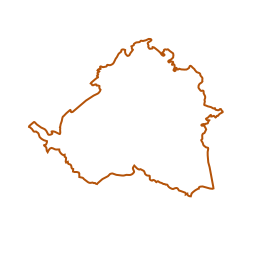 an SVG outline of Punjab, rotated 256°
{"feature_id": "IND-3249", "entity_name": "Punjab", "entity_type": "State", "adm_level": 1, "iso_a3": "IND", "parent_name": "India", "parent_adm1": "", "projection": "natural_earth1", "projection_center": [75.648, 31.038], "detail": "fine", "context": "isolated", "style": "outline", "palette": "amber", "viewbox_px": 256, "rotation_deg": 256, "n_neighbors": 0, "source": "natural_earth", "source_scale": "10m", "svg_char_len": 5905}
<svg xmlns="http://www.w3.org/2000/svg" viewBox="0 0 256 256"><g transform="rotate(256 128 128)"><path d="M123.8,56.1L124.5,53.1L124.9,52.1L126.6,50.0L127.2,48.8L126.9,47.3L125.5,45.5L124.0,44.2L125.5,43.7L128.8,44.0L130.1,43.3L130.6,42.8L131.3,42.4L131.6,42.4L131.7,42.8L131.6,43.9L131.7,44.3L132.1,44.7L133.6,45.8L134.8,46.2L136.6,43.3L138.5,41.4L140.6,40.1L144.3,39.8L145.1,39.4L146.8,37.9L147.1,36.2L147.5,35.6L150.4,34.5L151.4,33.7L152.0,33.5L153.0,32.2L153.5,32.4L154.0,33.0L156.4,37.8L156.5,38.2L156.4,38.6L156.1,38.9L153.5,40.4L149.4,43.9L147.5,46.3L146.7,47.1L145.8,47.6L144.8,48.1L141.1,49.0L140.6,49.5L140.4,50.2L140.3,51.1L140.4,52.1L140.7,53.0L141.3,53.3L141.6,53.3L142.8,52.9L143.1,53.1L143.1,53.5L142.9,54.4L142.0,56.2L139.0,59.7L138.7,60.3L138.9,60.7L140.0,61.2L143.2,61.8L144.4,62.3L145.2,62.1L145.6,62.5L148.0,63.6L150.6,65.3L153.7,66.8L154.7,67.5L155.3,68.7L157.2,71.7L159.4,76.0L159.4,76.4L159.1,76.6L157.6,76.5L157.3,76.7L157.0,77.1L157.0,78.2L164.8,93.9L167.8,102.6L168.6,106.5L168.9,107.5L169.5,108.5L170.6,109.8L171.8,110.6L172.9,110.0L174.0,109.9L175.0,110.3L175.7,110.4L176.4,109.4L176.7,108.0L177.1,107.7L177.8,107.8L178.0,107.5L178.2,106.9L177.9,104.4L178.2,103.7L179.6,103.3L180.2,102.6L180.9,103.3L183.0,107.5L184.1,109.9L184.4,111.1L184.8,111.2L185.1,111.1L185.7,110.6L186.0,110.5L186.3,110.8L186.7,111.6L187.2,112.0L187.4,112.1L187.8,111.6L188.7,111.7L189.3,112.4L189.6,113.6L189.9,113.9L190.3,113.6L190.9,112.5L191.2,112.3L191.7,112.8L192.1,113.6L192.2,114.3L191.9,115.5L192.0,115.7L193.7,115.6L194.2,115.8L194.4,116.2L194.1,117.0L193.3,118.0L193.0,119.0L192.9,121.7L193.1,122.2L194.1,122.9L194.2,123.5L193.6,124.7L193.3,125.8L193.4,127.1L193.8,128.5L194.3,129.4L195.4,130.5L198.3,132.9L199.4,134.3L201.9,136.5L202.4,137.1L203.7,139.8L205.1,140.4L205.5,141.1L205.5,142.0L205.2,142.9L204.4,144.1L202.2,143.5L200.5,143.6L198.5,144.6L198.1,145.0L198.0,145.8L198.1,146.3L198.4,147.0L200.0,148.4L202.6,151.6L202.9,151.7L203.7,151.0L204.3,151.0L205.7,151.3L206.4,151.1L206.9,153.4L207.1,153.7L208.2,154.2L208.9,156.1L209.0,156.9L208.7,158.9L208.6,160.0L209.5,161.5L209.5,161.9L209.0,163.0L208.8,163.7L208.8,166.6L209.4,169.6L209.0,171.1L208.5,171.8L208.0,172.0L207.4,171.8L206.9,170.8L206.1,168.2L205.7,167.8L205.3,167.6L203.0,167.8L201.9,167.3L201.2,167.4L199.8,168.0L199.5,168.6L199.3,170.8L199.6,171.2L200.5,171.5L200.0,172.6L199.1,173.4L195.7,176.0L193.4,177.5L191.2,178.3L190.4,178.8L189.8,179.4L189.5,180.0L189.7,180.7L189.9,181.0L190.2,181.1L191.0,180.7L192.1,179.2L192.6,179.3L193.0,179.7L193.4,180.9L193.9,181.4L194.9,181.7L195.3,182.4L195.2,183.4L194.7,184.4L194.7,185.7L194.4,186.0L192.6,187.2L189.5,189.8L187.6,189.7L187.1,189.4L185.8,189.0L185.4,188.7L184.5,187.2L184.0,186.2L183.5,183.8L183.0,183.2L182.2,183.3L181.8,183.6L181.7,184.1L182.1,185.2L182.1,185.6L181.6,187.1L181.4,187.5L181.1,187.7L180.5,187.6L179.2,186.1L178.9,186.1L178.6,186.2L178.7,187.7L178.6,188.0L178.1,188.3L177.1,188.3L175.4,187.9L173.4,186.3L172.9,186.2L172.1,186.8L171.9,187.1L172.1,187.9L172.7,188.4L174.2,189.0L174.6,189.3L174.6,189.5L174.3,189.7L173.1,190.0L172.7,190.4L172.7,191.1L173.1,192.0L172.0,193.8L171.0,197.0L170.6,198.8L170.8,199.9L171.5,201.7L172.9,202.7L173.2,203.1L173.2,203.7L172.6,204.4L171.0,205.3L169.0,206.7L167.9,207.0L165.7,208.1L164.0,210.5L163.5,210.9L162.9,211.1L161.4,211.0L158.9,212.2L158.0,212.2L156.3,211.6L155.2,211.5L154.4,210.5L153.6,208.4L153.3,207.9L152.1,206.8L150.4,206.2L149.8,206.2L148.4,206.7L146.7,207.5L146.3,208.0L146.2,208.6L146.2,209.6L145.8,210.1L145.2,210.2L143.3,209.8L140.1,210.5L138.6,210.2L136.7,209.0L135.2,209.0L132.5,207.7L132.0,207.6L131.7,207.8L130.9,209.1L129.7,210.7L128.4,213.2L128.0,213.8L126.3,215.5L126.2,217.1L125.8,217.2L125.1,217.1L124.5,217.5L123.7,219.0L123.4,219.8L123.4,220.4L124.1,221.9L124.0,222.4L123.7,222.8L122.2,223.1L121.2,223.8L120.4,223.6L119.5,220.2L118.1,218.3L118.0,218.0L118.3,217.5L118.2,217.1L117.2,216.0L117.1,215.4L118.6,214.6L119.0,214.2L118.9,212.5L119.0,211.6L120.3,211.7L120.6,211.5L120.6,211.3L120.2,210.4L118.8,208.2L118.2,206.1L118.0,205.9L117.5,206.0L116.5,206.6L116.2,207.1L116.0,208.4L115.8,208.7L114.8,207.5L113.6,206.8L113.3,206.5L113.2,206.0L113.3,204.6L112.9,203.7L113.5,202.7L113.6,201.0L113.4,200.2L113.0,199.9L112.5,200.1L112.3,200.4L112.0,202.0L111.6,202.5L109.0,203.3L107.7,203.5L104.8,201.1L104.6,200.7L104.3,199.3L103.6,198.6L102.8,198.2L99.5,197.5L98.6,196.2L98.2,196.1L95.6,196.9L93.4,197.0L92.6,197.3L90.5,198.9L89.4,200.8L88.4,200.8L85.5,199.5L82.2,198.7L75.3,197.6L70.2,197.7L50.3,196.5L48.7,196.3L48.6,195.2L49.4,193.0L53.2,186.3L53.5,184.8L53.6,183.7L53.2,182.5L52.0,182.0L52.1,181.2L51.3,178.3L50.1,175.6L49.1,173.9L46.5,172.4L47.0,171.1L47.8,170.1L48.9,169.6L49.9,169.7L49.5,167.9L50.4,168.2L51.1,168.1L51.6,167.6L54.3,163.6L54.7,162.8L55.1,162.3L57.2,161.6L58.0,160.8L58.2,159.3L57.9,156.9L58.5,155.7L60.0,154.0L60.8,153.4L62.0,152.8L63.2,152.5L63.6,152.2L64.0,150.7L64.7,150.1L65.1,148.8L66.4,147.5L67.5,145.7L69.1,144.2L69.1,143.7L68.6,142.4L68.8,142.2L69.8,141.8L70.9,140.9L71.5,139.8L71.1,138.6L71.9,137.4L72.5,137.0L73.2,136.8L75.1,137.3L76.3,137.4L76.7,136.9L76.9,136.0L77.5,134.8L78.4,134.0L79.3,133.5L81.5,133.3L82.6,132.9L85.0,130.2L85.0,128.8L85.8,127.7L86.9,126.8L90.0,125.0L88.6,123.5L87.8,123.0L86.7,123.0L84.4,123.4L83.5,123.0L82.4,121.3L82.1,120.4L81.9,119.1L82.1,117.8L82.9,115.2L82.9,112.3L83.3,110.8L85.4,105.3L87.6,102.0L87.8,100.7L87.7,99.5L86.1,96.9L84.6,90.8L81.7,85.1L81.1,84.4L81.9,83.1L82.6,82.7L82.9,81.3L83.6,80.5L83.9,77.9L84.4,76.9L85.2,76.0L89.2,72.8L90.0,72.5L90.7,71.9L92.2,68.9L95.6,69.7L96.7,69.4L97.7,67.7L98.2,65.5L99.1,64.1L101.5,64.9L102.3,63.8L103.4,63.6L104.6,63.8L105.8,63.6L106.5,63.2L107.5,61.6L108.0,61.3L109.8,61.4L109.4,59.6L110.4,59.4L113.6,60.6L114.0,60.7L114.5,60.5L115.1,59.9L115.5,59.6L117.4,60.1L117.4,58.6L118.6,57.4L120.2,56.5L121.4,56.1L122.1,55.9L123.8,56.1Z" fill="none" stroke="#b45309" stroke-width="2"/></g></svg>